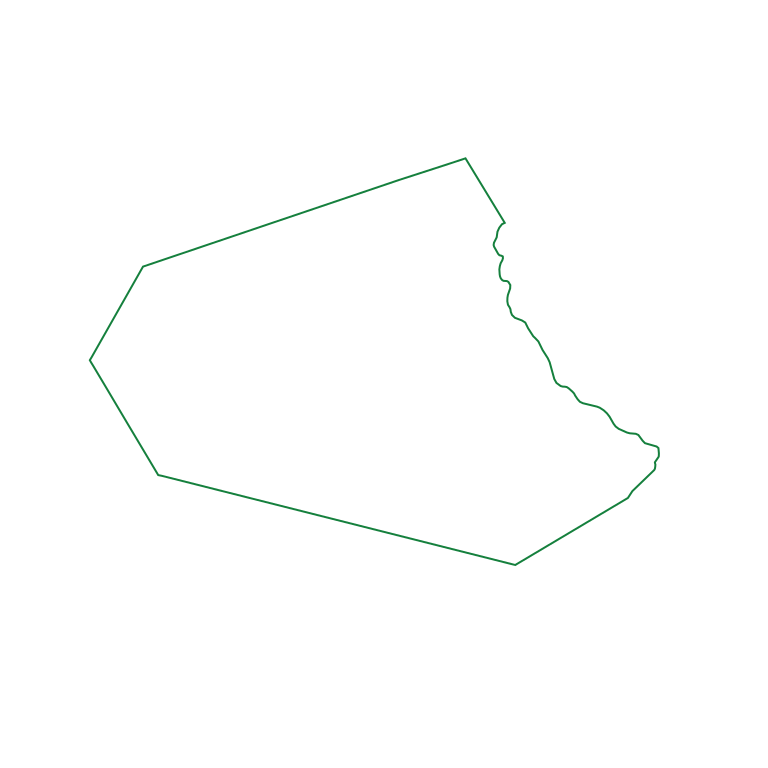 an SVG outline of Al Wusta, rotated 313°
{"feature_id": "OMN-2405", "entity_name": "Al Wusta", "entity_type": "Region", "adm_level": 1, "iso_a3": "OMN", "parent_name": "Oman", "parent_adm1": "", "projection": "robinson", "projection_center": [57.537, 20.48], "detail": "fine", "context": "isolated", "style": "outline", "palette": "green", "viewbox_px": 768, "rotation_deg": 313, "n_neighbors": 0, "source": "natural_earth", "source_scale": "10m", "svg_char_len": 1390}
<svg xmlns="http://www.w3.org/2000/svg" viewBox="0 0 768 768"><g transform="rotate(313 384 384)"><path d="M163.4,281.0L165.3,274.5L173.0,248.0L180.2,223.2L186.7,201.0L192.2,182.2L196.4,167.7L199.1,158.4L200.0,155.1L200.8,152.6L204.2,151.9L305.5,127.7L543.2,255.7L589.1,281.2L604.6,289.7L584.2,362.4L581.3,361.3L577.0,361.7L572.8,363.1L568.1,366.4L562.3,368.1L560.4,369.4L559.5,370.9L557.0,378.8L556.9,380.6L557.9,382.4L558.3,383.9L557.1,385.2L555.3,386.1L551.8,387.0L549.1,388.4L546.5,390.2L543.1,393.8L541.8,395.5L540.9,397.4L540.6,399.6L541.0,401.1L543.1,403.7L543.5,405.3L542.5,408.9L539.9,411.1L533.6,413.9L531.2,415.5L528.6,417.8L526.5,420.6L525.7,423.6L524.9,425.5L523.2,427.6L521.8,430.5L521.7,434.6L524.5,441.4L525.3,445.4L523.0,451.5L520.7,460.6L520.7,463.0L520.4,467.9L517.0,476.8L514.6,486.1L512.9,490.3L503.8,505.1L502.4,509.4L503.0,514.6L504.0,516.5L505.3,518.0L506.4,519.7L506.8,522.0L506.9,527.1L506.7,529.5L505.9,531.7L504.9,536.0L504.6,539.4L505.6,542.6L512.7,555.2L513.8,558.0L514.6,562.6L514.6,567.1L513.9,571.3L511.5,579.0L510.9,582.4L511.3,586.3L514.2,594.8L515.6,597.4L519.3,602.1L520.2,604.8L518.9,611.8L518.7,615.2L524.2,626.0L524.3,628.4L520.7,632.4L518.6,634.2L518.0,634.5L511.5,635.5L510.8,636.4L510.2,637.4L508.6,638.7L506.8,639.9L505.4,640.3L475.1,638.7L467.0,640.1L341.1,603.4L165.3,284.1L163.4,281.0Z" fill="none" stroke="#15803d" stroke-width="2"/></g></svg>